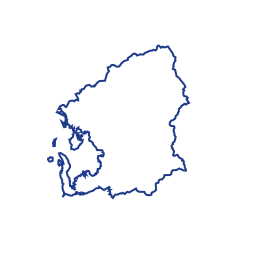 Puno, Puno, Peru, rotated 206°
{"feature_id": "86281439B67596976235519", "entity_name": "Puno", "entity_type": "district", "adm_level": 2, "iso_a3": "PER", "parent_name": "Peru", "parent_adm1": "Puno", "projection": "albers", "projection_center": [-69.905, -16.067], "detail": "fine", "context": "isolated", "style": "outline", "palette": "blue", "viewbox_px": 256, "rotation_deg": 206, "n_neighbors": 0, "source": "geoboundaries", "source_scale": "gbopen_adm2", "svg_char_len": 5815}
<svg xmlns="http://www.w3.org/2000/svg" viewBox="0 0 256 256"><g transform="rotate(206 128 128)"><path d="M198.7,115.1L198.4,115.6L197.9,115.4L197.8,115.9L196.8,115.8L195.2,114.2L192.3,113.5L192.0,112.6L190.7,113.0L189.2,112.0L187.7,110.2L187.0,108.1L186.4,108.3L186.5,107.0L185.7,107.1L185.2,105.4L184.4,105.6L181.6,104.5L180.8,102.8L180.0,102.5L179.5,103.0L179.2,103.6L179.9,104.3L179.3,105.2L179.0,103.8L177.7,103.4L176.8,102.3L176.4,104.1L175.9,102.9L176.4,102.8L176.5,102.7L175.1,101.5L174.4,98.6L174.7,97.9L174.0,97.7L173.6,95.4L174.5,94.1L174.5,92.6L175.6,91.9L173.0,89.0L171.1,88.1L170.4,85.0L169.7,84.2L168.8,84.8L166.2,84.8L166.8,84.8L164.1,88.1L164.4,90.5L163.8,91.3L164.0,92.4L163.0,93.6L163.0,95.2L163.4,97.2L163.8,96.8L165.1,97.4L165.4,96.1L166.4,96.0L166.5,97.4L167.7,96.9L168.2,97.3L167.8,98.5L167.2,98.7L167.7,99.4L168.8,99.4L168.3,98.0L169.1,97.9L169.0,97.2L170.7,98.9L170.8,99.5L169.9,99.5L169.8,100.1L170.9,99.7L171.3,100.1L170.8,101.3L172.0,100.4L173.0,100.9L173.3,104.4L173.8,104.8L172.8,106.6L172.3,105.5L169.3,105.6L168.2,103.9L165.0,103.9L165.5,105.4L165.1,105.8L163.6,103.7L164.1,105.1L163.2,106.2L163.8,107.3L162.6,106.5L161.5,107.1L160.7,106.5L160.3,104.7L158.2,103.1L158.2,100.8L156.9,99.5L155.8,99.9L152.8,99.1L152.4,98.1L147.9,96.3L146.2,94.6L141.5,96.7L140.5,96.0L140.4,95.0L138.6,94.6L138.1,92.7L138.8,92.4L138.0,92.2L138.1,91.4L141.4,90.5L142.5,89.7L141.8,87.3L140.8,86.8L140.0,85.1L139.5,85.5L138.8,85.2L139.0,85.9L138.0,85.5L137.2,84.8L136.4,82.6L135.6,82.0L135.9,81.1L135.5,79.7L135.9,78.7L137.2,77.9L136.8,76.1L136.4,76.3L135.7,74.9L136.4,74.0L136.3,72.8L136.9,72.8L137.0,72.2L137.3,72.5L138.0,70.1L139.1,69.3L142.3,69.9L143.2,71.5L144.5,72.2L146.0,71.6L146.5,70.9L146.1,70.1L147.3,69.5L146.2,69.4L147.5,69.4L145.5,68.0L146.5,68.1L146.5,66.7L145.8,66.6L145.6,66.0L146.3,66.6L146.9,65.8L147.5,66.3L147.2,66.8L148.5,67.5L148.1,66.8L148.7,67.0L149.8,65.7L149.6,64.8L150.4,64.5L149.7,64.6L149.8,64.1L150.3,64.3L151.7,62.8L151.8,60.6L152.6,60.9L153.2,60.3L153.6,58.8L152.9,57.9L151.5,57.9L151.0,58.7L151.6,57.4L151.1,57.0L151.8,57.2L152.0,56.6L152.1,57.2L153.0,54.6L152.0,54.4L151.6,53.3L151.5,54.3L150.7,54.2L151.1,52.9L152.0,52.3L151.5,51.5L151.6,52.1L151.1,52.1L151.3,51.4L153.4,51.1L152.2,50.4L152.3,50.8L151.9,50.7L151.6,49.9L149.8,50.7L149.7,50.0L148.9,49.7L149.2,49.2L150.7,49.8L151.8,49.4L153.2,50.7L154.7,50.5L156.8,54.1L156.7,54.9L158.2,55.9L158.5,57.1L160.9,58.3L162.4,59.8L163.9,62.0L163.1,63.7L163.0,67.6L163.9,69.2L166.2,70.8L167.4,72.5L172.0,75.4L177.5,76.0L178.9,74.9L177.4,73.3L172.8,70.4L170.1,67.5L170.8,66.3L174.1,68.6L175.7,69.0L176.3,68.6L174.8,64.9L173.4,64.1L173.1,65.4L171.6,65.6L169.8,64.2L169.2,63.1L169.5,62.3L168.5,61.2L169.4,59.8L168.5,59.7L168.1,58.7L169.2,57.7L166.8,54.1L164.3,52.3L163.2,49.9L161.5,49.4L161.7,47.8L160.9,45.9L159.3,43.6L157.3,42.1L156.3,39.8L156.6,37.2L156.1,39.6L154.9,41.5L150.3,41.9L148.6,42.7L148.1,44.0L145.5,46.0L146.4,46.5L146.5,47.7L145.2,48.1L144.6,47.5L143.7,47.7L142.5,48.8L142.6,47.3L141.7,47.0L140.5,48.5L139.2,48.5L138.6,49.4L141.1,49.7L137.0,50.6L134.4,54.0L132.0,56.2L130.2,59.8L128.0,61.2L128.3,62.5L122.4,61.7L119.1,66.7L118.4,66.3L118.8,64.8L118.0,64.7L117.5,63.9L117.0,64.2L117.4,63.3L117.0,63.5L115.6,62.1L115.8,60.9L115.3,61.2L115.0,60.2L113.5,60.5L112.4,58.9L112.0,59.2L110.9,58.6L110.3,62.5L107.9,63.8L106.1,66.1L105.0,66.2L104.2,67.6L101.9,67.3L100.8,70.2L98.6,70.7L94.3,77.1L92.7,75.7L90.1,75.5L85.2,77.8L84.2,76.8L82.0,76.0L79.0,77.1L77.7,78.3L78.4,80.2L76.2,82.9L75.7,84.9L78.6,89.9L77.9,91.3L76.7,92.1L77.3,94.4L76.5,95.9L75.0,96.5L74.7,97.3L74.0,99.5L74.6,101.7L69.7,104.1L68.9,105.7L69.6,107.3L69.4,109.5L66.0,111.5L64.1,114.1L59.0,114.3L57.3,115.1L57.7,116.0L59.5,117.3L61.1,119.7L62.2,120.0L62.8,121.9L64.0,123.0L65.1,122.4L65.5,123.7L69.2,123.9L71.7,125.6L74.4,123.1L75.5,123.4L76.4,127.3L78.5,128.5L79.1,129.5L79.9,129.4L81.0,131.2L80.5,133.4L81.3,134.0L80.3,136.4L81.2,140.8L83.2,142.0L83.9,143.6L85.4,144.9L86.4,147.0L86.2,148.5L87.4,149.8L90.4,148.7L92.1,149.4L92.8,151.4L92.4,153.6L91.3,154.4L89.7,157.3L90.4,159.4L89.3,162.6L89.9,163.7L89.5,164.9L90.6,167.6L89.5,170.1L89.6,171.5L88.0,173.7L88.0,174.5L85.9,174.7L85.8,175.6L84.2,177.3L88.0,179.5L87.4,181.2L89.2,181.9L91.6,181.3L92.7,182.2L94.1,184.4L93.9,186.3L95.5,186.8L94.4,190.0L96.3,191.6L104.8,195.6L107.0,195.8L111.2,201.0L113.5,200.7L114.1,203.7L114.9,204.4L115.2,207.9L114.8,209.4L115.8,210.4L116.3,212.4L118.8,212.7L120.5,214.7L127.9,218.8L130.6,216.3L132.6,216.3L133.5,214.6L136.2,215.6L137.2,215.1L137.5,214.0L136.7,211.1L137.3,209.8L139.3,209.5L140.3,208.1L142.2,207.0L146.0,202.3L146.3,200.8L149.5,199.4L151.7,197.1L153.4,197.9L154.8,197.8L156.3,196.2L156.4,194.8L158.8,190.8L158.0,189.2L160.9,186.4L162.3,183.1L162.8,179.6L164.8,178.2L168.5,178.4L170.5,177.2L170.9,175.1L172.7,173.6L171.2,171.5L170.0,170.8L170.7,167.3L169.4,160.4L174.1,157.8L175.5,155.4L176.3,150.9L177.1,151.3L177.7,150.0L178.8,149.2L181.5,149.9L184.3,147.7L184.8,143.8L186.6,142.4L186.2,140.6L187.2,140.6L186.6,139.3L186.9,137.5L188.3,137.4L189.9,135.4L185.7,132.6L184.9,131.0L187.1,130.7L188.0,128.4L189.9,128.4L191.9,126.9L192.5,125.9L192.6,120.1L193.4,119.6L195.9,120.6L197.0,119.8L198.7,117.3L198.7,115.1ZM184.4,63.5L183.0,63.8L181.3,65.6L182.8,68.3L185.1,67.7L185.3,66.6L186.4,65.6L186.1,64.6L184.4,63.5ZM188.9,81.9L187.1,79.0L185.9,79.7L187.9,84.3L188.0,86.5L189.0,85.4L188.9,81.9ZM190.3,104.6L185.8,100.7L184.6,101.7L184.7,102.0L184.9,102.2L185.6,101.2L185.1,102.3L185.3,103.4L183.7,104.8L184.5,105.2L185.7,103.9L187.2,103.5L187.8,103.8L187.5,104.1L190.3,104.6ZM198.7,111.0L189.5,111.0L187.5,107.9L187.1,105.9L187.5,104.3L187.0,104.3L187.2,107.8L189.5,111.5L195.3,111.3L195.8,112.7L196.6,111.5L198.5,111.5L198.7,111.0ZM166.6,101.3L167.1,100.5L166.8,98.9L165.5,100.4L165.7,101.4L166.6,101.3Z" fill="none" stroke="#1e3a8a" stroke-width="2"/></g></svg>